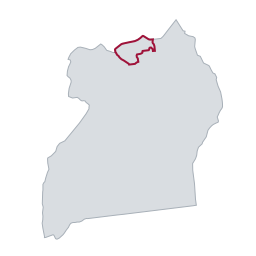 Uganda, with Lamwo highlighted, rotated 353°
{"feature_id": "UGA-5603", "entity_name": "Lamwo", "entity_type": "District", "adm_level": 1, "iso_a3": "UGA", "parent_name": "Uganda", "parent_adm1": "", "projection": "orthographic", "projection_center": [32.763, 3.511], "detail": "fine", "context": "in_parent", "style": "outline", "palette": "rose", "viewbox_px": 256, "rotation_deg": 353, "n_neighbors": 0, "source": "natural_earth", "source_scale": "10m", "svg_char_len": 2848}
<svg xmlns="http://www.w3.org/2000/svg" viewBox="0 0 256 256"><g transform="rotate(353 128 128)"><path d="M186.4,213.0L182.5,213.1L176.1,213.1L169.8,213.1L163.4,213.1L157.1,213.1L150.7,213.1L144.4,213.1L138.0,213.1L131.6,213.1L125.3,213.1L118.9,213.1L112.6,213.1L106.2,213.0L99.9,213.0L93.5,213.0L87.1,213.0L80.8,213.0L77.0,213.0L76.3,212.9L75.8,212.7L73.4,213.2L70.9,214.7L68.2,215.4L65.4,215.1L65.1,215.3L63.6,215.3L61.6,215.1L59.7,215.6L58.3,216.9L56.8,219.3L54.2,221.9L52.2,224.3L50.5,226.0L46.5,228.8L44.4,229.6L43.3,229.5L42.6,228.9L41.4,225.4L40.6,224.8L32.9,226.6L31.7,226.6L31.9,225.5L31.3,217.1L31.2,212.0L32.2,208.8L32.8,205.1L32.8,201.8L34.2,196.2L33.7,192.9L35.5,181.2L36.0,179.3L36.7,173.6L37.9,171.9L38.9,171.2L40.2,167.7L42.7,162.2L44.5,159.3L44.1,153.1L44.4,148.8L44.8,147.9L48.5,146.3L53.4,142.4L55.4,137.8L58.3,134.9L63.9,133.0L63.9,132.9L80.5,117.1L88.3,108.6L91.6,104.2L91.8,102.6L92.4,100.6L91.1,99.0L89.5,97.5L88.9,96.1L87.5,95.5L85.6,95.5L84.2,94.5L82.8,92.6L81.3,91.4L76.6,91.5L72.9,89.5L73.0,86.8L74.4,81.5L77.2,75.5L77.3,73.8L76.9,72.4L76.3,71.2L75.0,70.0L73.9,68.5L74.8,64.2L76.5,59.9L77.9,57.8L79.3,55.4L78.9,53.4L76.9,52.5L78.0,50.5L80.2,47.3L84.4,44.1L88.1,41.9L90.6,41.9L95.5,43.7L99.8,45.7L102.2,45.8L105.1,45.0L111.2,41.3L112.6,42.5L114.4,44.7L116.3,48.3L120.1,50.0L121.9,51.1L123.2,51.5L124.0,51.2L125.4,48.3L127.1,46.8L130.4,44.8L137.5,43.2L142.6,42.8L144.7,42.4L148.3,41.5L154.0,38.6L159.6,42.4L165.7,43.1L171.6,43.1L173.3,41.9L174.4,41.0L180.5,34.8L188.9,26.4L194.5,38.2L196.4,38.9L196.1,40.0L195.7,41.0L199.3,43.8L203.8,45.3L205.4,46.8L205.6,48.3L204.1,55.3L204.3,57.2L205.8,64.2L208.5,65.7L210.9,72.7L215.6,75.7L216.3,76.5L217.4,79.9L218.9,83.6L220.1,84.5L220.8,84.7L222.2,88.6L221.4,90.8L222.5,97.5L224.3,103.5L224.8,110.7L224.8,113.8L224.7,115.8L224.4,118.5L223.5,120.1L222.0,121.6L220.3,124.0L218.8,126.6L217.9,127.9L218.6,131.8L218.4,132.8L218.0,133.3L215.8,133.9L213.1,134.9L211.4,135.9L209.0,137.9L207.1,140.0L204.6,146.3L200.3,151.2L199.6,152.8L195.6,155.7L193.9,159.2L192.8,163.6L191.2,166.8L187.8,171.1L187.1,177.9L187.2,191.5L186.3,207.0L186.4,213.0Z" fill="#d9dde1" stroke="#a8b0b8" stroke-width="1"/><path d="M154.0,38.4L154.7,38.7L159.2,42.4L160.0,42.8L161.1,43.0L163.5,43.1L163.1,44.7L162.8,45.7L163.0,46.9L163.8,48.0L164.2,50.0L164.1,54.7L162.1,54.6L162.1,52.7L160.6,50.9L159.6,50.9L158.9,51.4L158.5,52.8L158.0,53.3L151.9,53.3L151.5,54.2L151.5,54.9L150.7,55.5L149.3,55.9L145.9,56.1L145.4,57.0L145.4,58.7L146.2,60.1L146.2,61.6L146.3,63.6L144.6,64.0L142.7,65.2L136.8,65.2L136.6,64.4L132.2,60.6L131.1,59.8L129.8,58.9L128.0,56.7L127.5,55.5L126.1,54.1L125.9,53.4L125.5,52.8L125.4,52.1L124.7,51.2L124.8,50.7L124.8,50.2L124.6,48.9L124.7,48.4L125.1,47.9L131.7,43.9L133.2,43.6L139.8,43.0L145.4,42.6L148.4,41.7L151.2,40.2L153.4,38.6L154.0,38.4Z" fill="none" stroke="#9f1239" stroke-width="2"/></g></svg>